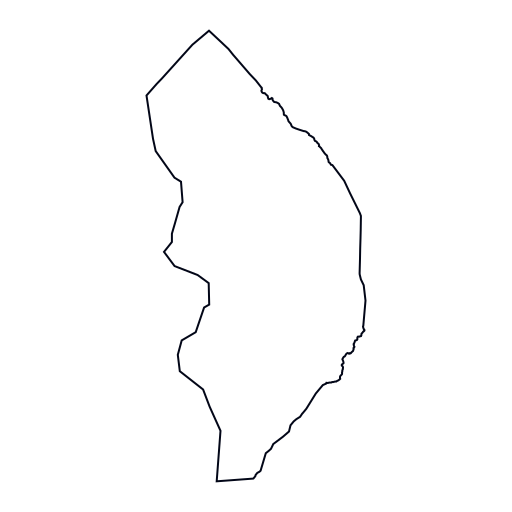 Santa Lucía Miahuatlán, Oaxaca, Mexico
{"feature_id": "50627088B60870916412077", "entity_name": "Santa Lucía Miahuatlán", "entity_type": "district", "adm_level": 2, "iso_a3": "MEX", "parent_name": "Mexico", "parent_adm1": "Oaxaca", "projection": "robinson", "projection_center": [-96.604, 16.179], "detail": "fine", "context": "isolated", "style": "outline", "palette": "ink", "viewbox_px": 512, "rotation_deg": 0, "n_neighbors": 0, "source": "geoboundaries", "source_scale": "gbopen_adm2", "svg_char_len": 3335}
<svg xmlns="http://www.w3.org/2000/svg" viewBox="0 0 512 512"><path d="M209.0,30.7L192.4,44.7L161.8,78.6L156.7,83.9L146.5,95.5L153.0,138.7L155.7,151.1L174.5,177.7L181.0,181.7L182.6,202.2L179.6,206.9L174.8,223.8L171.9,233.7L171.9,242.0L164.0,251.9L174.6,266.1L197.6,275.0L208.7,283.1L209.2,304.6L204.1,307.5L195.7,332.2L181.7,340.4L177.8,354.8L179.8,371.2L203.1,389.5L209.6,406.6L220.5,430.8L216.7,481.3L253.1,478.6L253.4,478.5L255.3,476.2L255.6,475.0L257.3,472.9L259.5,471.7L260.6,470.7L265.8,453.2L268.8,450.8L271.0,448.8L273.3,444.0L283.0,436.7L289.0,431.5L290.5,425.3L293.7,421.4L296.3,419.2L300.1,416.8L302.3,413.5L302.5,413.4L306.3,408.8L315.8,393.5L322.8,385.1L326.1,383.6L326.3,383.0L326.4,382.8L327.8,383.0L328.8,382.7L329.9,382.5L331.3,382.5L332.2,382.0L333.0,382.1L334.1,381.8L335.2,381.5L336.3,381.5L337.1,380.9L338.3,380.4L339.5,379.5L340.2,378.8L340.1,378.3L340.0,378.1L340.0,377.6L340.0,376.8L340.5,375.7L341.4,374.9L342.0,374.1L342.1,373.0L342.0,372.3L342.3,371.5L342.3,370.4L342.8,369.4L342.7,369.1L342.9,368.5L343.0,367.9L343.0,367.3L342.7,366.4L342.2,366.0L341.8,365.6L341.7,365.0L342.0,364.4L342.6,364.0L343.5,363.2L343.5,362.3L343.2,361.2L342.8,360.2L342.4,359.3L342.6,358.7L343.2,357.7L343.8,356.8L344.6,356.5L345.2,355.8L345.8,354.6L346.5,353.7L347.2,353.2L347.8,353.0L348.3,353.3L348.9,353.7L349.7,353.7L349.9,353.1L350.9,353.1L351.5,352.3L352.4,351.5L353.0,351.0L353.3,350.1L353.6,349.3L353.5,348.5L353.5,348.0L354.2,347.5L354.4,346.7L354.0,346.2L353.8,345.4L353.9,344.6L353.6,344.1L354.0,343.5L354.3,342.9L354.6,342.2L354.7,341.8L354.9,341.1L355.2,340.5L356.2,340.3L357.0,339.9L357.4,339.1L357.3,338.2L357.4,337.5L357.8,336.7L358.6,336.6L359.5,336.6L360.1,336.3L361.0,336.1L361.4,335.1L361.4,334.4L361.5,333.7L362.0,333.2L362.7,332.4L363.2,331.6L363.7,331.4L364.3,330.8L364.5,330.1L364.3,329.8L363.9,329.6L363.8,329.0L363.3,327.9L363.0,326.5L363.2,325.9L363.3,325.8L365.5,300.6L363.7,285.2L360.9,279.4L359.7,274.5L359.6,273.3L360.0,258.9L360.2,248.2L360.5,238.3L360.7,230.3L360.9,217.8L360.9,215.9L359.9,213.2L350.1,193.4L344.2,180.8L332.4,165.1L330.9,164.7L330.1,163.2L329.3,162.6L328.8,162.2L328.6,161.9L328.5,161.0L328.4,160.2L328.0,159.1L327.4,158.1L327.2,156.3L326.8,155.4L325.8,154.6L324.7,153.4L323.9,152.3L323.3,151.4L322.9,151.0L322.6,150.4L321.9,149.5L321.2,148.2L320.7,147.7L320.1,147.2L319.7,146.7L319.3,146.3L319.0,146.2L319.1,145.8L319.0,145.5L319.1,145.1L318.9,144.7L318.6,143.9L317.6,143.1L317.2,142.7L316.7,141.8L316.0,141.3L315.1,141.0L314.5,140.1L314.3,139.4L314.2,138.7L313.8,138.0L313.3,137.4L312.9,137.3L312.5,137.1L311.9,136.6L311.3,136.2L309.0,135.0L308.9,133.9L306.4,131.8L304.8,131.2L303.7,131.1L299.6,129.8L295.8,128.5L292.8,127.2L291.8,126.3L291.3,125.3L291.1,124.5L290.5,123.5L288.9,121.7L288.4,121.0L288.1,119.8L287.8,119.2L287.4,118.1L286.9,117.0L286.4,116.1L285.7,115.6L284.4,115.1L283.9,114.7L283.8,113.7L283.8,112.5L283.2,110.4L282.4,108.9L281.6,107.6L279.9,105.8L279.1,103.9L277.8,103.0L276.3,102.3L274.2,102.0L272.9,100.5L272.5,99.5L272.5,98.5L271.8,98.0L270.6,98.8L269.2,99.2L268.3,98.7L267.8,96.9L267.8,96.2L267.4,95.7L266.6,95.0L265.5,94.0L264.8,93.2L264.4,93.1L263.2,93.1L262.3,92.6L261.8,91.9L261.4,90.8L262.0,89.1L261.6,88.2L261.7,87.7L260.9,86.9L255.8,80.4L249.7,74.0L234.5,56.4L233.1,54.8L228.5,49.0L209.0,30.7Z" fill="none" stroke="#020617" stroke-width="2"/></svg>